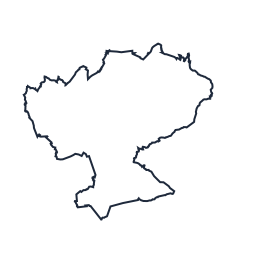 Perote, Veracruz, Mexico, rotated 343°
{"feature_id": "50627088B6133554619555", "entity_name": "Perote", "entity_type": "district", "adm_level": 2, "iso_a3": "MEX", "parent_name": "Mexico", "parent_adm1": "Veracruz", "projection": "orthographic", "projection_center": [-97.275, 19.511], "detail": "fine", "context": "isolated", "style": "outline", "palette": "slate", "viewbox_px": 256, "rotation_deg": 343, "n_neighbors": 0, "source": "geoboundaries", "source_scale": "gbopen_adm2", "svg_char_len": 5692}
<svg xmlns="http://www.w3.org/2000/svg" viewBox="0 0 256 256"><g transform="rotate(343 128 128)"><path d="M119.5,201.0L121.4,202.3L125.0,203.5L127.6,203.6L128.7,204.0L130.2,203.7L130.6,203.4L130.9,203.6L132.5,203.9L133.7,203.0L135.3,202.6L136.3,202.9L136.8,202.4L143.5,202.9L144.2,203.2L145.4,202.7L149.6,202.9L150.6,203.7L151.5,204.1L152.1,203.8L153.7,201.9L150.6,197.7L150.0,195.6L146.1,190.3L142.9,189.2L138.9,181.7L137.6,176.6L135.7,175.0L135.5,174.1L133.2,173.5L132.9,172.4L132.1,171.9L131.7,171.3L131.5,170.7L131.9,170.2L131.9,169.5L132.8,168.9L132.8,168.5L131.9,168.3L131.3,168.8L130.1,169.2L130.1,168.7L129.7,168.2L129.7,167.8L129.3,167.3L128.8,167.1L128.6,166.3L127.6,164.9L126.3,163.9L123.5,162.4L123.4,162.1L124.9,159.9L124.8,158.9L125.3,158.5L126.6,158.7L127.4,158.0L127.5,157.1L128.7,156.0L129.1,155.4L129.1,154.1L129.5,153.4L130.4,153.4L130.6,153.7L131.4,153.6L132.0,152.5L132.0,151.7L131.7,151.0L131.8,150.6L132.0,150.5L132.0,150.1L133.0,151.3L134.0,151.6L135.4,152.7L136.2,152.9L136.2,150.8L136.7,150.3L138.5,151.2L139.3,152.2L140.4,152.4L141.4,151.8L141.6,152.1L142.6,151.4L143.0,151.1L142.9,150.9L143.1,150.6L144.2,149.8L145.0,149.9L146.4,149.5L146.8,149.0L149.5,149.8L151.8,149.2L152.4,149.2L153.0,149.8L153.9,149.6L154.1,149.2L154.5,149.3L154.6,149.1L154.2,148.0L154.2,147.3L155.8,146.7L157.2,146.8L159.5,147.7L160.0,148.1L161.1,148.3L161.4,148.0L163.2,148.1L165.3,147.8L166.5,148.0L167.0,147.8L168.9,146.3L170.6,145.5L171.2,145.4L172.2,144.2L172.9,143.8L176.4,144.4L179.5,143.7L180.4,143.9L181.5,143.4L183.6,144.1L184.3,144.6L193.0,141.5L194.0,139.0L197.5,134.0L197.6,132.5L199.3,129.5L201.3,127.5L202.9,127.2L203.9,125.2L204.7,124.6L207.1,123.6L208.4,122.9L209.5,122.9L211.6,123.6L212.9,123.4L214.7,123.9L214.6,123.4L215.1,122.8L215.6,122.9L215.6,122.0L216.0,122.2L216.1,121.8L216.5,121.1L217.0,120.7L216.8,121.8L217.5,121.7L217.6,121.2L217.3,120.5L218.2,120.1L218.6,119.7L218.6,119.1L218.1,118.0L218.3,115.6L220.4,114.3L221.0,112.9L221.4,110.7L220.7,108.5L221.0,107.1L220.8,106.5L219.9,105.0L218.7,104.1L216.4,101.4L215.6,101.1L214.6,100.1L212.7,98.9L211.8,97.7L211.0,97.4L210.7,96.9L210.5,95.6L208.9,92.9L208.1,92.4L206.8,92.1L205.8,90.8L205.2,89.8L204.9,88.6L205.3,86.1L205.8,84.4L206.3,84.1L206.9,82.6L205.5,82.7L205.4,82.1L206.4,80.6L206.5,78.5L207.7,76.3L207.8,74.6L207.0,74.6L206.5,75.6L206.5,76.4L206.2,76.8L205.4,77.2L204.9,77.9L204.0,78.2L202.8,79.1L202.6,79.9L201.3,80.6L201.0,80.3L201.7,78.9L201.8,77.4L201.4,76.7L200.0,76.4L199.9,74.4L198.8,73.4L198.2,73.1L198.6,76.4L198.2,78.0L197.9,78.2L197.2,77.0L195.6,75.4L195.2,75.3L194.5,76.1L194.3,75.3L193.3,73.8L192.7,73.3L186.3,68.7L184.9,68.2L182.4,65.8L183.4,65.9L182.9,64.0L183.1,64.0L182.8,62.3L182.9,61.9L183.2,62.1L183.3,61.4L183.2,61.3L183.1,60.8L183.9,58.7L183.5,57.9L181.6,56.2L181.0,56.4L180.8,56.2L178.9,56.8L177.2,57.2L175.2,58.0L174.4,58.6L172.3,61.4L171.7,61.9L170.1,62.8L169.3,62.1L168.9,62.5L169.3,62.8L168.9,63.4L162.6,66.9L160.3,64.9L160.4,64.0L154.7,59.0L156.2,58.3L154.1,57.7L154.7,55.4L143.8,53.6L139.7,51.7L133.1,49.2L133.0,48.3L131.6,48.7L130.7,48.3L130.9,49.2L130.2,48.9L130.4,49.9L129.8,49.7L130.0,50.7L129.0,50.3L129.1,50.8L127.9,51.4L128.1,52.0L127.2,52.9L125.4,54.6L124.0,55.4L124.3,57.9L123.6,58.4L124.1,59.3L120.7,62.5L120.5,62.3L118.9,63.8L119.3,64.1L117.6,65.5L117.2,65.1L116.4,65.9L115.6,65.2L114.9,65.9L113.7,66.3L109.2,67.2L106.9,68.0L104.0,69.6L105.0,65.1L106.5,61.3L104.8,59.5L105.6,58.8L105.9,58.1L103.3,55.7L102.7,56.1L102.1,55.9L99.4,56.3L99.0,57.1L98.5,57.4L98.9,57.3L98.7,57.7L97.9,57.6L96.5,58.5L94.4,59.5L92.9,61.4L85.8,66.6L83.8,67.3L82.4,68.0L82.4,67.9L80.8,68.9L80.7,68.9L81.3,67.6L80.9,66.4L79.7,65.4L79.3,64.7L79.5,63.8L78.9,62.8L78.1,62.5L77.7,61.8L77.1,61.6L76.5,60.5L76.4,59.5L76.9,59.6L76.5,59.4L76.7,58.9L76.5,58.7L75.0,61.5L74.7,61.3L74.0,62.1L73.5,62.3L73.4,63.4L72.8,62.8L72.8,62.1L72.0,61.2L70.5,60.5L69.0,60.2L67.4,59.0L66.6,57.3L65.6,56.7L64.6,55.2L63.3,54.4L62.9,55.3L62.7,57.3L62.1,58.8L60.9,59.5L59.0,59.2L57.9,59.7L57.4,60.1L57.7,61.1L57.0,61.9L56.9,62.2L56.5,62.3L56.6,62.8L55.8,62.8L55.4,63.4L53.7,64.5L52.2,66.2L51.5,65.0L50.9,64.5L50.9,63.3L50.5,63.5L50.1,63.3L49.2,62.3L48.0,61.7L46.4,61.5L46.5,61.1L44.5,58.7L44.2,59.4L43.4,59.2L43.2,60.0L42.4,61.2L42.3,62.2L41.9,63.1L41.0,64.0L40.5,64.9L38.8,65.6L38.6,65.9L38.1,65.9L38.6,68.8L37.7,70.8L38.0,71.9L38.1,74.3L37.3,74.3L37.5,74.8L37.3,75.2L37.0,75.4L36.2,75.1L36.0,75.5L36.5,77.0L36.0,78.0L35.3,80.2L34.7,81.1L34.6,81.9L34.7,82.1L35.1,82.4L36.0,82.3L36.2,83.0L36.5,83.0L36.8,83.5L37.0,85.1L36.9,86.8L37.1,89.0L36.6,89.3L38.7,93.5L38.6,98.4L38.3,99.3L38.1,100.7L38.8,109.7L39.8,108.6L40.8,108.7L41.2,108.3L41.8,109.1L40.9,110.0L42.1,110.8L48.3,112.3L48.4,112.5L46.9,113.1L50.6,119.3L49.7,120.1L50.4,120.6L49.5,121.4L50.7,124.2L52.5,125.3L52.2,125.5L52.4,126.3L51.9,127.0L52.6,127.4L53.1,130.3L52.8,130.7L52.1,130.3L51.3,131.5L51.4,132.5L50.4,133.9L51.3,134.5L51.1,136.8L54.1,138.3L56.5,138.9L64.8,138.4L67.8,137.9L70.0,137.3L73.1,138.9L75.5,141.2L78.3,138.6L80.1,140.7L80.3,143.4L82.5,143.5L83.2,163.4L81.9,165.3L81.4,164.6L79.6,164.9L79.3,165.6L79.4,166.0L80.1,166.4L79.6,167.5L79.4,167.4L78.9,168.1L79.7,167.6L80.0,167.8L79.8,168.5L80.3,168.7L79.0,171.4L78.8,172.3L77.8,173.2L77.4,174.4L75.4,173.1L73.7,172.8L71.7,174.6L71.0,174.7L70.4,174.4L69.4,175.0L67.2,174.4L64.7,175.5L63.9,174.4L59.2,176.4L57.8,182.9L55.1,182.2L55.8,182.8L56.3,184.1L56.3,185.0L56.8,186.6L56.3,187.7L56.4,188.2L56.9,188.3L56.9,189.2L65.3,190.7L64.9,189.7L68.0,190.3L68.5,191.4L69.4,191.7L75.6,207.7L76.0,207.7L76.8,206.6L77.6,206.3L78.9,206.8L80.3,206.4L81.7,206.4L82.2,206.2L88.3,197.9L101.3,198.3L116.5,199.8L117.1,198.8L117.7,198.4L117.9,199.2L119.5,201.0Z" fill="none" stroke="#1e293b" stroke-width="2"/></g></svg>